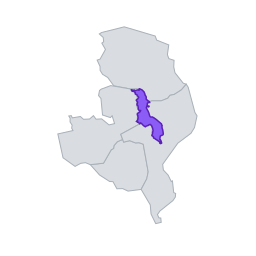 map of Malawi with United Republic of Tanzania, Zimbabwe, Zambia and Mozambique greyed out, rotated 347°
{"feature_id": "MWI", "entity_name": "Malawi", "entity_type": "country or territory", "adm_level": 0, "iso_a3": "MWI", "parent_name": "Africa", "parent_adm1": "", "projection": "mercator", "projection_center": [34.097, -13.263], "detail": "fine", "context": "with_neighbors", "style": "filled", "palette": "violet", "viewbox_px": 256, "rotation_deg": 347, "n_neighbors": 4, "source": "natural_earth", "source_scale": "50m", "svg_char_len": 5063}
<svg xmlns="http://www.w3.org/2000/svg" viewBox="0 0 256 256"><g transform="rotate(347 128 128)"><path d="M147.1,28.6L175.2,44.5L175.7,48.8L186.4,56.2L182.9,65.4L183.4,69.6L188.1,72.4L186.3,78.8L186.2,84.7L191.9,96.8L194.6,98.4L188.7,102.8L180.6,105.7L176.2,105.6L173.5,107.9L166.4,109.0L157.5,106.9L151.9,107.5L149.9,97.3L145.9,91.7L138.6,90.3L123.6,83.6L119.6,74.2L115.3,70.0L113.8,65.6L114.6,61.8L113.2,54.9L116.3,54.6L123.7,46.4L121.6,39.4L123.7,38.5L124.2,34.1L121.2,29.9L123.8,29.0L147.1,28.6Z" fill="#d9dde1" stroke="#a8b0b8" stroke-width="1"/><path d="M127.0,190.8L113.9,189.5L109.2,185.9L103.5,184.7L101.3,176.9L98.1,176.0L89.7,167.4L83.0,155.2L96.2,156.8L106.8,145.4L109.4,144.7L110.3,142.1L114.5,139.0L120.2,137.9L120.6,140.8L126.8,140.7L131.9,144.2L135.4,144.8L139.2,147.2L137.8,175.3L134.8,181.8L127.0,190.8Z" fill="#d9dde1" stroke="#a8b0b8" stroke-width="1"/><path d="M120.7,82.8L138.6,90.3L142.1,93.6L144.0,100.0L141.2,108.2L142.6,114.5L140.3,117.1L138.1,124.2L142.0,126.2L119.5,132.5L120.2,137.9L114.5,139.0L110.3,142.1L109.4,144.7L106.8,145.4L96.2,156.8L83.0,155.2L78.7,152.2L73.9,151.8L67.8,153.5L58.0,142.4L58.3,118.0L73.8,118.1L73.1,115.5L74.2,112.6L72.9,109.1L73.8,105.4L73.0,103.0L75.5,103.2L76.0,105.6L84.2,106.1L86.6,109.5L92.6,110.6L97.1,108.2L98.8,112.2L104.4,113.2L110.2,120.7L115.9,120.7L115.3,112.5L113.2,113.9L106.1,109.6L108.3,93.1L106.6,89.8L108.7,85.0L110.7,84.1L120.7,82.8Z" fill="#d9dde1" stroke="#a8b0b8" stroke-width="1"/><path d="M151.9,107.5L157.5,106.9L166.4,109.0L173.5,107.9L176.2,105.6L180.6,105.7L188.7,102.8L194.6,98.4L195.8,101.8L196.7,127.9L198.0,131.7L192.9,142.5L188.2,147.3L173.1,154.0L153.6,171.2L153.0,176.9L156.5,182.9L158.1,189.9L159.4,189.5L158.0,201.2L159.7,202.5L158.6,205.9L155.5,208.8L140.5,216.0L137.2,219.0L137.9,222.5L139.7,223.1L139.1,227.4L133.5,227.4L131.1,217.0L132.4,207.9L127.0,190.8L134.8,181.8L137.8,175.3L139.2,147.2L135.4,144.8L131.9,144.2L126.8,140.7L120.6,140.8L119.5,132.5L142.0,126.2L146.2,129.8L148.3,129.1L151.2,131.1L151.6,134.1L150.1,137.7L150.6,143.2L155.5,147.9L157.7,142.6L160.9,140.9L160.3,131.1L157.2,125.5L154.5,123.1L151.9,123.2L149.9,113.3L151.9,107.5Z" fill="#d9dde1" stroke="#a8b0b8" stroke-width="1"/><path d="M141.9,126.5L141.5,125.9L141.1,126.1L140.7,126.5L140.4,126.6L140.2,126.5L140.1,126.2L139.8,125.5L139.4,125.0L139.0,124.8L138.6,124.6L138.8,124.3L138.9,124.2L138.7,123.8L137.9,123.4L138.6,122.9L139.0,122.6L139.3,122.2L139.6,121.5L139.9,120.7L140.1,120.5L140.2,120.0L140.2,119.4L140.3,118.7L140.4,118.0L140.2,117.7L140.0,117.3L140.2,116.5L140.5,115.9L142.2,115.4L143.3,114.9L143.6,114.7L144.0,114.2L144.2,113.8L144.0,113.7L143.1,113.7L142.9,113.5L142.2,112.0L142.6,110.3L142.6,109.6L142.6,108.8L142.5,108.2L142.2,108.0L142.0,107.6L142.1,106.7L142.4,106.6L142.9,105.5L143.2,104.8L142.9,104.2L142.5,103.4L142.4,103.0L142.3,102.8L142.5,102.5L142.9,102.2L143.4,102.1L143.8,102.0L145.3,100.5L145.3,100.2L145.0,99.7L144.5,99.0L144.4,98.7L144.3,97.8L144.1,97.6L143.3,97.0L142.7,96.3L142.9,95.7L143.0,95.0L142.7,94.6L142.2,94.2L141.9,93.7L141.8,93.2L141.5,93.1L141.1,93.1L140.9,93.3L140.7,93.3L140.3,93.2L140.2,92.8L140.2,92.4L140.0,92.2L139.8,91.8L139.8,91.6L140.2,91.5L141.3,92.3L142.0,92.3L142.8,92.4L143.5,93.1L143.8,93.2L144.3,93.1L145.5,93.0L146.1,93.1L146.7,93.5L147.0,93.6L147.4,93.6L147.5,93.2L147.4,92.8L147.5,92.5L147.8,92.3L148.4,92.6L150.2,94.0L151.3,95.7L151.7,96.3L151.7,96.6L152.0,97.9L152.1,98.5L152.0,98.9L152.0,99.3L152.2,99.8L152.1,100.0L152.5,100.8L152.7,101.4L152.7,102.0L152.6,102.6L152.3,103.5L152.2,103.9L152.3,104.2L152.5,104.6L152.9,104.9L153.2,105.4L153.4,105.9L153.5,106.2L154.1,106.3L154.4,106.6L154.7,107.1L154.9,107.7L154.9,108.0L153.9,107.9L152.7,108.0L152.4,108.3L152.3,108.8L151.9,109.9L151.7,110.3L151.2,111.0L150.6,112.1L150.4,112.4L150.5,112.8L150.8,114.2L151.2,115.6L151.4,116.2L151.7,118.2L151.8,119.6L151.8,120.4L152.0,121.5L152.3,122.1L152.7,122.5L154.1,122.7L154.5,123.0L155.3,123.7L157.0,125.6L158.0,126.8L158.8,127.9L160.3,129.9L161.5,131.5L161.6,133.0L161.8,133.2L161.4,134.3L161.2,136.1L161.4,137.3L161.3,139.3L161.1,141.4L160.8,142.2L160.5,142.5L159.6,142.7L157.9,143.0L157.6,143.2L157.4,143.6L157.0,144.6L156.6,145.6L156.4,146.1L156.5,146.2L156.9,146.7L157.3,148.0L157.4,150.2L157.2,150.4L156.7,150.5L156.1,150.5L155.9,150.3L155.7,150.1L155.5,149.6L155.9,149.3L156.0,148.7L155.8,148.2L155.3,148.1L154.7,147.6L153.4,146.1L152.3,145.1L151.7,144.2L151.1,143.9L150.9,143.6L150.7,143.3L150.7,142.7L150.8,142.4L150.6,141.9L149.9,141.2L149.6,140.9L149.6,140.4L149.9,140.0L150.4,139.5L150.9,138.4L151.0,137.7L151.8,136.3L151.9,135.1L151.9,134.2L151.9,133.4L151.7,132.0L151.5,131.0L150.6,129.6L150.3,129.5L149.3,129.6L148.5,129.8L148.2,130.1L147.6,130.1L146.0,130.3L145.5,130.4L145.3,130.7L145.1,130.7L144.1,129.7L143.3,128.6L142.2,126.7L141.9,126.5ZM153.1,112.0L152.9,112.1L152.7,111.9L152.7,111.5L152.8,111.2L153.1,111.2L153.3,111.3L153.4,111.6L153.3,111.8L153.1,112.0ZM152.5,111.3L152.4,111.7L152.1,111.7L151.8,111.3L151.9,111.0L152.2,110.9L152.4,111.0L152.5,111.3Z" fill="#8b5cf6" stroke="#5b21b6" stroke-width="1.5"/></g></svg>